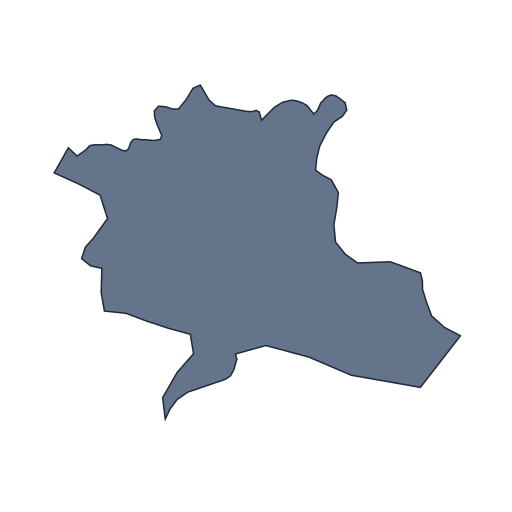 outline of İmişli, rotated 340°
{"feature_id": "AZE-1704", "entity_name": "İmişli", "entity_type": "District", "adm_level": 1, "iso_a3": "AZE", "parent_name": "Azerbaijan", "parent_adm1": "", "projection": "robinson", "projection_center": [48.046, 39.851], "detail": "fine", "context": "isolated", "style": "filled", "palette": "slate", "viewbox_px": 512, "rotation_deg": 340, "n_neighbors": 0, "source": "natural_earth", "source_scale": "10m", "svg_char_len": 1480}
<svg xmlns="http://www.w3.org/2000/svg" viewBox="0 0 512 512"><g transform="rotate(340 256 256)"><path d="M202.7,346.7L202.4,346.7L196.4,355.2L191.0,359.9L184.7,361.4L145.3,360.6L133.0,363.8L123.0,370.3L115.0,378.1L115.1,377.6L119.8,357.2L142.0,338.5L163.9,326.4L167.5,307.1L149.4,294.3L131.1,279.9L114.1,265.3L94.7,255.9L98.0,237.5L106.9,214.9L97.2,208.7L91.2,198.9L98.6,189.4L109.0,183.8L129.3,170.0L130.3,145.5L113.4,127.1L94.8,108.9L116.7,90.1L122.0,100.9L132.5,98.0L137.5,95.4L143.0,96.4L147.7,98.3L148.6,98.7L153.8,100.0L157.7,102.0L166.2,110.8L169.5,112.8L172.9,111.6L177.5,106.2L180.4,104.6L183.5,105.0L188.6,107.8L191.0,108.5L199.6,112.6L205.8,113.7L208.6,110.7L208.0,97.1L208.4,90.1L210.2,84.8L215.7,81.9L222.0,84.8L228.1,89.5L233.3,91.4L243.8,85.2L254.2,76.8L262.1,76.3L265.3,93.7L269.3,101.0L297.0,117.1L301.8,119.0L306.0,119.3L308.3,121.8L307.6,130.3L324.3,122.5L333.8,120.6L342.9,121.8L346.8,123.9L351.5,127.5L355.3,131.9L358.8,142.2L363.0,140.7L369.3,134.2L371.2,133.5L373.9,131.9L377.3,130.5L381.7,130.3L385.9,132.9L388.4,136.6L392.2,142.4L391.2,149.9L384.9,154.3L374.8,156.9L363.8,164.9L353.5,174.5L346.5,184.9L341.3,195.8L346.4,203.1L352.8,210.1L355.1,224.6L348.4,238.3L339.9,253.3L335.5,270.1L340.5,284.9L349.1,297.3L380.3,307.4L404.8,328.1L403.8,336.6L401.1,344.2L400.4,358.3L400.6,372.5L408.6,387.5L420.8,400.9L365.5,435.7L304.7,400.6L271.0,369.0L234.6,343.5L203.2,341.0L202.7,346.7L202.7,346.7Z" fill="#64748b" stroke="#1e293b" stroke-width="1.5"/></g></svg>